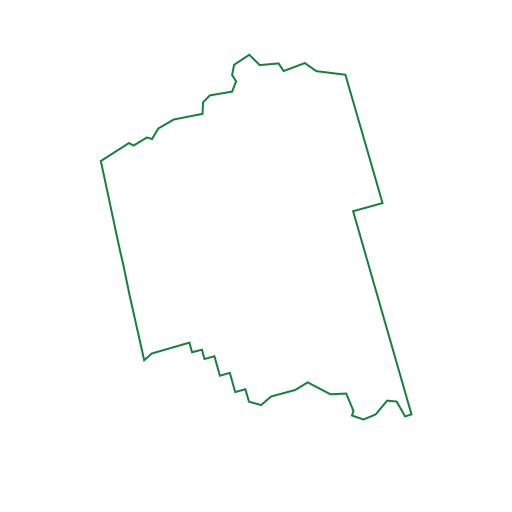 the district of Madison, Florida, United States of America, rotated 254°
{"feature_id": "52423323B35187147605368", "entity_name": "Madison", "entity_type": "district", "adm_level": 2, "iso_a3": "USA", "parent_name": "United States of America", "parent_adm1": "Florida", "projection": "albers", "projection_center": [-83.469, 30.456], "detail": "fine", "context": "isolated", "style": "outline", "palette": "green", "viewbox_px": 512, "rotation_deg": 254, "n_neighbors": 0, "source": "geoboundaries", "source_scale": "gbopen_adm2", "svg_char_len": 901}
<svg xmlns="http://www.w3.org/2000/svg" viewBox="0 0 512 512"><g transform="rotate(254 256 256)"><path d="M451.3,305.0L445.8,287.6L436.5,282.9L429.4,285.0L420.6,278.4L423.1,255.8L418.2,247.4L407.4,243.8L409.9,214.6L405.5,197.2L397.1,188.3L400.0,183.7L395.9,168.7L399.6,165.0L390.1,133.0L367.9,131.5L366.5,131.4L348.8,130.2L338.9,129.5L325.8,128.6L319.4,128.1L295.8,126.6L295.7,126.6L289.5,126.3L284.2,126.0L253.6,123.7L186.6,119.8L191.0,128.9L191.1,168.1L181.1,168.0L180.8,178.2L171.2,178.1L171.1,188.4L150.9,188.3L150.9,198.6L130.9,198.5L130.9,209.0L117.9,209.1L111.3,219.8L116.8,231.8L116.4,256.7L120.3,270.8L102.6,289.4L98.9,304.8L80.2,307.0L76.2,304.3L69.2,314.3L70.7,327.3L80.8,342.2L77.3,351.1L60.7,355.1L60.9,361.8L272.3,361.7L272.0,392.2L333.4,392.1L405.6,391.9L417.1,364.9L428.0,356.1L426.2,333.5L434.9,330.8L438.5,312.2L451.3,305.0Z" fill="none" stroke="#15803d" stroke-width="2"/></g></svg>